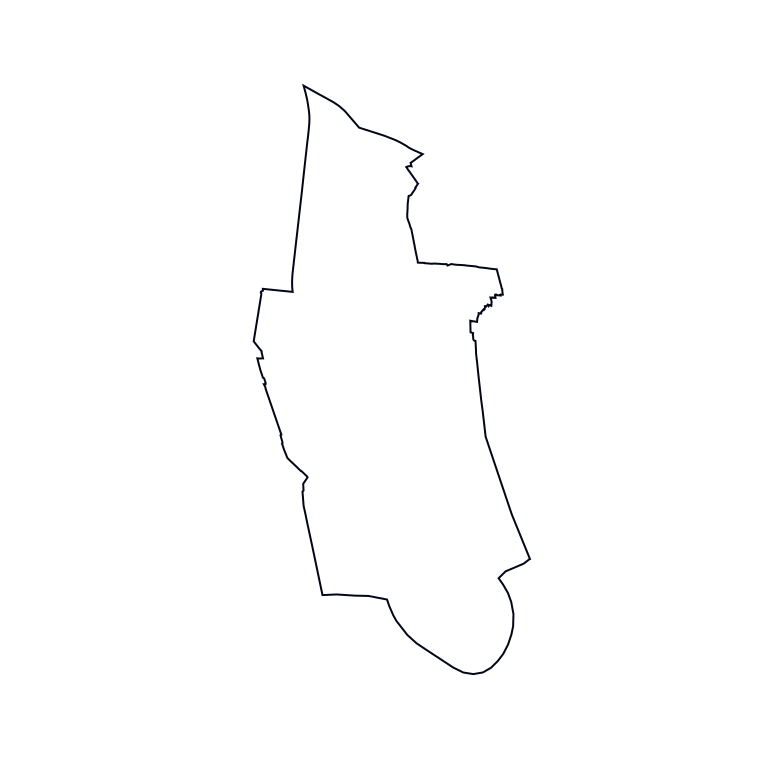 Velsen, Noord-Holland, Netherlands, rotated 242°
{"feature_id": "6326949B54976538615964", "entity_name": "Velsen", "entity_type": "district", "adm_level": 2, "iso_a3": "NLD", "parent_name": "Netherlands", "parent_adm1": "Noord-Holland", "projection": "robinson", "projection_center": [4.642, 52.452], "detail": "fine", "context": "isolated", "style": "outline", "palette": "ink", "viewbox_px": 768, "rotation_deg": 242, "n_neighbors": 0, "source": "geoboundaries", "source_scale": "gbopen_adm2", "svg_char_len": 5811}
<svg xmlns="http://www.w3.org/2000/svg" viewBox="0 0 768 768"><g transform="rotate(242 384 384)"><path d="M226.5,230.6L220.4,243.4L210.7,259.1L204.2,270.7L192.3,285.5L185.6,284.4L175.7,283.6L169.2,283.7L151.4,286.8L139.8,291.0L130.6,295.9L101.0,312.1L92.0,318.6L85.9,326.7L82.9,335.9L83.2,345.3L86.0,354.5L89.8,362.7L95.7,371.2L103.0,378.9L109.5,384.3L120.1,390.3L131.8,394.0L141.1,395.3L151.0,395.0L158.7,394.0L161.5,403.4L159.8,423.2L161.0,430.0L160.9,430.7L208.9,435.6L262.1,444.4L289.8,449.0L313.2,458.2L324.2,462.3L347.7,471.6L359.0,476.2L366.7,479.2L368.2,479.8L370.2,480.9L376.5,483.8L379.0,485.0L379.8,484.3L380.0,484.0L380.5,483.9L380.9,483.8L381.4,483.9L382.2,484.1L382.6,484.2L384.1,485.0L384.6,485.2L385.3,485.3L387.1,486.6L389.0,484.7L399.4,489.9L398.8,490.6L398.7,490.6L398.3,490.6L398.2,490.6L397.7,491.7L397.9,491.7L397.1,492.8L395.2,495.3L397.0,496.6L397.5,496.7L397.7,496.9L397.8,496.9L400.4,499.7L400.9,500.1L401.8,500.7L401.9,500.8L402.1,500.9L401.2,502.0L400.9,502.4L400.6,502.7L401.0,503.3L401.8,503.5L402.9,506.3L402.4,506.7L402.8,507.8L403.4,507.7L403.7,508.5L404.0,509.2L405.4,509.7L405.3,510.0L405.2,510.1L404.8,510.3L404.6,510.4L404.4,510.4L404.5,510.7L405.4,513.0L405.2,513.1L404.8,513.2L404.5,513.1L404.3,513.0L404.0,513.0L403.8,513.0L404.0,513.3L403.9,514.1L403.7,514.6L403.3,514.9L403.9,515.0L403.8,515.3L403.7,515.3L403.6,515.5L403.8,515.9L403.5,516.0L405.5,517.3L406.0,517.6L406.4,517.7L406.6,517.8L408.2,518.2L409.1,518.3L410.4,518.6L409.6,520.0L409.3,520.0L408.6,521.2L408.8,521.3L408.5,521.6L407.7,522.8L408.4,523.0L409.5,523.4L409.4,523.5L409.7,523.6L409.9,523.8L410.0,523.7L410.7,524.3L410.1,525.3L409.6,525.1L407.7,528.0L407.9,528.1L407.6,528.4L408.0,528.5L408.2,529.0L407.6,529.9L407.1,530.8L409.7,531.8L410.7,532.2L411.2,532.4L411.5,532.5L412.1,532.9L412.3,533.0L412.8,532.8L417.4,533.9L417.6,534.0L419.0,534.2L423.8,535.4L427.4,536.2L432.3,537.4L432.6,536.9L434.0,534.8L434.4,534.2L435.2,533.0L435.9,532.0L437.1,530.4L438.9,527.9L440.7,525.2L441.0,524.8L441.4,524.1L442.3,522.8L443.2,521.8L444.4,520.7L446.8,517.1L449.1,513.6L449.6,512.8L450.7,511.4L452.2,509.0L453.8,506.4L454.4,505.4L454.7,504.8L456.6,502.0L458.3,499.8L458.3,499.5L458.4,498.9L458.5,498.3L458.7,496.4L458.8,495.7L460.4,495.6L462.7,491.4L463.3,490.6L463.6,490.1L465.1,487.7L465.4,487.1L465.7,486.7L465.8,486.5L465.9,486.3L466.4,485.6L466.5,485.4L467.6,483.0L467.6,482.9L468.0,482.3L468.2,481.8L468.3,481.6L468.5,481.4L469.1,480.5L471.8,476.3L471.9,476.2L472.1,476.3L473.0,474.8L473.7,473.5L475.1,471.1L475.3,470.9L475.4,471.0L477.5,471.7L478.7,472.0L479.1,472.1L480.4,472.5L481.3,472.8L482.6,473.1L483.1,473.3L484.0,473.5L484.5,473.7L484.9,473.8L485.3,473.9L485.8,474.1L486.6,474.3L488.5,474.9L489.0,475.0L489.9,475.3L490.8,475.6L492.8,476.3L493.9,476.5L494.5,476.7L495.3,477.0L497.6,477.7L499.2,478.2L501.1,478.8L505.8,480.2L506.7,480.5L507.3,480.7L507.9,480.8L509.1,480.8L509.9,480.9L511.5,481.2L512.2,481.4L514.0,481.7L514.5,481.8L515.3,481.9L516.1,482.0L516.6,482.0L517.1,482.1L518.0,482.3L518.3,482.3L519.7,482.6L520.0,482.7L520.2,482.8L521.6,483.5L521.8,483.6L522.3,483.9L522.8,484.1L523.1,484.2L523.6,484.6L525.0,485.5L526.0,486.0L526.3,486.2L527.0,486.7L527.6,487.1L528.6,487.6L529.6,488.2L530.4,488.6L531.6,489.3L532.0,489.6L533.0,490.2L533.7,490.7L534.5,491.3L535.3,491.8L536.1,492.4L537.1,493.1L537.5,493.3L537.7,493.5L538.1,493.7L538.1,493.8L538.2,494.0L538.3,494.1L538.2,494.2L538.2,495.7L538.2,496.5L538.6,497.5L539.7,499.3L540.0,500.2L542.2,504.0L542.7,503.9L542.9,504.3L544.9,508.1L545.6,507.8L545.8,507.8L546.8,507.8L548.4,507.6L552.6,507.1L556.3,506.6L559.0,506.3L560.4,506.0L562.3,505.8L564.0,505.7L565.1,505.5L565.1,506.0L564.8,507.7L564.7,508.0L564.5,508.4L564.2,509.1L563.9,509.7L563.5,510.4L563.4,510.5L566.8,511.3L566.9,512.5L567.3,515.6L568.0,520.2L568.8,526.1L576.3,520.2L578.5,518.6L580.2,517.4L581.6,516.6L583.1,515.8L583.7,515.6L584.4,515.1L587.1,513.4L588.4,512.6L590.9,510.9L591.7,510.3L593.9,508.7L595.3,507.5L603.1,500.8L622.0,482.4L642.8,477.7L644.4,477.2L645.7,476.7L647.8,475.9L649.2,475.4L651.8,474.2L655.9,472.0L657.7,470.9L660.5,469.1L667.9,464.3L669.3,463.3L685.1,453.1L678.7,451.6L676.9,451.2L674.3,450.5L672.9,450.1L671.7,449.8L671.0,449.6L666.2,448.0L664.8,447.5L660.1,445.8L657.2,444.6L655.6,443.9L654.1,443.1L652.7,442.4L649.7,440.7L648.1,439.7L646.0,438.3L643.5,436.7L638.2,433.1L633.8,430.0L621.8,421.8L609.8,413.6L590.8,400.7L583.7,395.8L562.9,381.5L546.2,370.0L524.3,355.0L521.8,353.4L518.7,351.6L517.2,350.7L514.0,349.1L512.6,348.4L511.0,347.7L508.2,346.6L511.1,342.3L516.5,334.2L524.9,321.7L524.1,321.3L523.5,321.1L523.3,320.9L523.2,320.8L523.2,320.3L523.3,319.9L523.3,319.5L523.3,319.4L523.3,319.0L523.2,318.7L522.8,318.2L521.2,318.1L509.9,309.5L507.3,307.5L506.6,307.0L505.7,306.4L504.7,305.6L501.2,302.9L499.1,301.3L492.5,296.3L489.6,294.1L487.5,292.5L485.1,290.7L482.9,289.0L482.1,289.1L473.5,290.6L472.9,290.8L472.4,290.9L470.9,291.3L470.9,291.2L463.4,289.2L463.8,288.5L464.3,287.4L464.8,286.3L465.5,285.1L466.1,284.2L464.0,283.7L462.4,283.3L458.9,282.4L458.6,282.4L454.4,281.4L446.5,280.1L446.3,280.1L446.1,280.3L445.9,280.5L445.1,280.8L440.4,280.0L440.3,279.5L440.3,279.3L440.3,279.2L440.1,278.9L439.9,279.0L439.6,279.0L440.2,277.8L437.2,277.8L436.9,277.7L435.6,277.3L430.1,276.4L409.5,273.1L387.5,269.6L387.6,269.1L387.6,268.8L387.4,268.6L387.2,268.5L382.1,267.4L380.2,267.0L379.9,266.9L379.5,266.6L379.3,266.3L379.3,266.0L372.9,264.9L368.9,264.5L367.5,264.4L365.7,264.1L364.1,264.0L362.6,264.4L359.1,265.5L353.9,267.3L346.1,269.8L346.1,270.1L345.1,270.5L338.0,272.8L337.7,272.8L337.4,272.6L333.8,265.8L328.5,263.3L327.7,262.9L327.2,261.5L317.1,257.1L316.4,256.8L315.3,256.3L314.0,255.8L309.8,254.6L306.9,253.8L305.8,253.5L295.7,250.5L293.5,249.9L278.4,245.6L276.2,245.0L226.5,230.6Z" fill="none" stroke="#020617" stroke-width="2"/></g></svg>